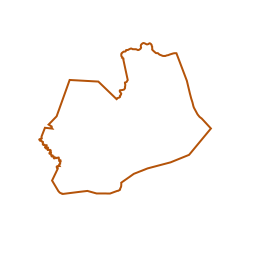 the district of San Esteban, Olancho, Honduras, rotated 27°
{"feature_id": "27666195B69653705101844", "entity_name": "San Esteban", "entity_type": "district", "adm_level": 2, "iso_a3": "HND", "parent_name": "Honduras", "parent_adm1": "Olancho", "projection": "orthographic", "projection_center": [-85.837, 15.313], "detail": "fine", "context": "isolated", "style": "outline", "palette": "amber", "viewbox_px": 256, "rotation_deg": 27, "n_neighbors": 0, "source": "geoboundaries", "source_scale": "gbopen_adm2", "svg_char_len": 5024}
<svg xmlns="http://www.w3.org/2000/svg" viewBox="0 0 256 256"><g transform="rotate(27 128 128)"><path d="M137.2,39.4L135.7,40.1L134.3,41.1L133.9,41.6L133.4,42.0L132.2,43.2L131.6,43.8L131.0,44.6L130.4,45.1L129.6,45.7L129.2,46.1L128.8,46.6L128.5,46.9L128.2,47.1L127.8,47.2L127.4,47.5L126.4,47.9L126.1,48.0L124.7,48.1L123.4,48.2L123.0,48.3L122.8,48.3L122.2,48.2L121.5,48.0L121.0,47.8L120.8,47.8L120.3,47.9L119.3,48.4L119.0,48.5L118.5,48.5L117.5,48.2L116.5,48.0L115.6,47.7L114.7,47.5L114.4,47.4L114.0,46.9L113.8,46.9L113.7,46.7L113.5,46.2L113.4,45.9L112.7,44.9L112.5,44.4L112.0,44.1L111.8,44.0L111.3,43.3L111.1,43.1L110.8,43.0L110.1,42.7L109.7,42.7L109.0,42.6L108.8,42.7L108.7,42.8L108.5,43.0L108.0,44.0L107.4,44.6L106.9,44.9L106.6,45.0L106.1,45.0L105.3,45.0L104.7,45.0L103.7,45.1L103.2,45.3L102.9,45.5L102.4,46.3L102.0,47.3L101.9,47.8L101.9,48.4L102.1,49.0L102.4,49.5L102.8,50.0L103.1,50.3L103.2,50.6L103.2,50.9L103.2,51.2L103.2,51.5L102.9,52.3L102.7,52.7L102.2,53.4L102.1,53.6L101.8,53.8L101.5,54.0L101.4,54.0L101.0,54.1L100.0,54.1L99.2,54.2L99.0,54.3L98.7,54.6L97.7,55.0L96.9,55.4L96.6,55.6L96.3,55.6L95.0,55.7L94.8,55.7L94.6,55.8L94.4,56.0L94.0,56.4L93.4,57.2L93.1,57.6L92.7,58.2L92.5,58.5L92.2,58.7L91.3,59.2L91.0,59.4L91.0,59.6L91.0,59.8L91.1,60.6L91.0,60.8L90.9,61.0L90.4,61.4L89.6,61.8L89.4,62.0L89.2,62.4L88.5,63.9L88.6,64.0L88.5,64.7L88.4,65.1L88.5,65.3L89.1,66.3L89.3,66.8L89.9,67.2L90.2,67.4L90.6,67.5L90.9,67.5L91.0,67.6L91.0,67.8L91.0,68.0L91.4,67.9L91.5,67.9L92.0,68.2L92.3,68.2L92.4,68.7L92.5,68.9L92.9,69.1L92.9,69.3L106.0,85.4L105.9,85.8L105.9,86.4L105.8,87.6L105.4,88.2L104.8,88.7L104.8,88.9L104.7,89.0L104.8,89.2L105.0,89.5L105.7,90.4L105.9,90.6L106.1,91.0L106.5,92.0L106.6,92.9L107.2,93.6L107.2,93.9L107.2,94.2L107.1,95.2L107.0,95.5L106.7,95.8L105.9,96.6L105.5,96.8L105.1,97.2L104.8,97.4L103.9,97.9L103.7,98.1L103.7,98.5L103.9,98.9L104.4,99.4L104.8,99.6L106.2,100.3L106.3,100.4L106.4,100.5L106.5,101.0L106.6,101.5L106.5,102.0L106.2,102.7L106.2,102.9L106.2,103.1L106.3,103.2L106.7,103.6L106.8,103.7L106.8,103.9L106.7,104.2L106.6,104.4L106.5,104.6L106.3,104.9L105.3,105.9L104.9,106.3L104.7,106.5L104.9,107.3L104.8,107.5L80.5,100.1L54.2,111.7L55.5,121.7L59.1,150.0L55.7,161.0L59.2,161.3L59.2,161.6L59.2,161.8L59.7,162.2L60.4,162.6L60.6,162.8L60.8,162.9L53.9,165.5L54.8,174.4L54.9,174.9L55.0,175.3L55.1,175.5L55.6,176.0L55.9,176.3L55.9,176.5L55.2,177.1L54.8,177.7L54.3,178.1L54.2,178.3L54.2,178.6L54.3,178.7L54.5,178.8L54.9,178.9L55.2,178.8L55.7,179.2L55.8,179.1L56.0,178.8L56.1,178.6L56.3,178.6L56.5,178.6L56.8,178.7L57.1,178.9L57.3,179.1L57.5,179.2L58.1,179.1L58.4,179.1L58.6,179.1L58.7,179.3L58.8,179.5L58.9,180.1L59.0,180.2L59.1,180.4L59.6,180.7L59.5,181.1L59.6,181.3L59.9,181.3L60.1,181.3L60.3,181.4L60.4,181.5L60.5,181.5L60.7,181.4L61.0,181.0L61.3,180.8L62.0,181.0L62.5,180.8L63.1,180.4L63.3,180.3L63.5,180.5L63.6,180.8L63.6,181.3L63.5,181.7L63.4,182.0L62.8,182.5L62.7,182.7L62.7,182.8L62.8,182.9L63.1,183.1L63.6,183.1L64.2,183.4L64.4,183.3L64.9,183.2L65.2,183.1L65.3,183.0L65.4,182.7L65.1,182.0L65.3,181.9L65.5,181.8L65.8,182.0L65.8,182.5L66.0,182.8L66.1,183.1L66.1,183.8L66.5,184.0L66.7,183.9L66.8,183.8L67.1,183.4L67.3,183.3L67.6,183.3L67.9,183.4L68.1,183.5L68.3,183.6L68.5,183.1L68.6,182.9L69.0,182.9L69.4,183.2L69.4,183.3L69.8,184.0L70.1,184.7L70.3,184.8L70.5,184.8L70.6,185.1L70.4,185.3L69.5,185.6L69.4,185.7L69.4,185.8L69.4,186.0L69.5,186.3L69.8,186.5L70.0,186.5L70.2,186.4L70.4,185.9L70.6,185.9L70.8,185.9L71.7,186.7L72.0,187.2L72.6,187.7L72.8,187.2L73.0,186.9L73.2,186.7L73.3,186.7L73.5,187.1L74.1,187.2L74.1,187.3L74.1,187.5L74.4,187.7L74.5,187.7L74.7,187.3L74.9,187.2L75.0,187.3L75.1,187.5L75.1,187.9L75.2,188.2L75.4,188.3L75.7,188.5L75.8,188.6L76.0,188.5L76.4,188.4L76.6,188.2L76.5,187.4L76.8,187.2L77.0,187.2L77.4,187.3L77.7,187.3L77.9,187.3L78.4,186.7L78.9,186.4L79.4,185.9L79.6,185.8L79.8,185.9L79.9,186.0L80.0,186.2L80.0,186.6L80.2,186.9L80.3,187.0L80.5,187.1L80.9,187.1L81.1,187.2L81.3,187.8L81.5,188.5L81.8,188.6L82.0,188.4L82.4,187.5L82.6,187.5L82.8,188.0L83.2,188.4L83.2,188.6L83.1,188.9L83.1,189.1L83.2,189.3L83.3,189.8L83.3,190.0L83.6,190.3L83.7,190.5L83.4,190.8L83.3,191.5L83.3,191.8L83.6,191.7L83.6,191.8L83.8,192.0L83.8,192.6L83.7,192.8L83.8,192.9L84.0,193.0L83.5,193.2L83.3,193.4L83.0,193.5L82.9,193.6L83.2,194.0L83.0,194.3L83.1,194.6L82.9,194.8L82.4,194.7L82.2,194.7L82.2,194.8L82.1,195.0L82.3,195.3L82.5,195.5L82.8,195.6L82.9,195.8L83.1,196.1L83.6,196.3L83.9,196.3L84.2,209.3L94.7,215.9L95.4,216.1L96.2,216.5L97.1,216.6L97.5,216.6L98.2,216.5L98.6,216.6L98.8,216.6L99.0,216.4L99.4,216.3L99.8,216.4L113.8,206.9L120.4,202.5L129.7,200.6L141.8,194.5L147.0,188.9L147.4,188.7L147.7,188.5L148.0,187.9L148.5,187.4L148.8,186.9L148.9,186.6L148.8,186.2L148.5,185.5L148.6,184.3L148.4,183.2L148.3,182.8L147.7,181.5L147.2,180.4L146.9,180.0L146.8,179.8L154.0,166.2L163.8,155.1L181.5,139.3L194.6,124.2L195.2,121.6L202.1,90.8L189.4,86.1L186.7,85.6L183.8,84.3L177.4,79.9L176.2,78.7L173.8,75.9L171.0,73.1L167.6,69.3L159.0,59.2L137.2,39.4Z" fill="none" stroke="#b45309" stroke-width="2"/></g></svg>